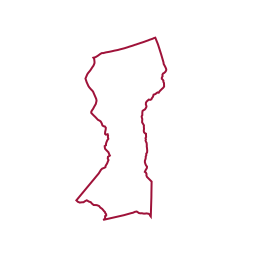 outline of Itaporanga d'Ajuda, Sergipe, Brazil, rotated 213°
{"feature_id": "56859067B93540245616109", "entity_name": "Itaporanga d'Ajuda", "entity_type": "district", "adm_level": 2, "iso_a3": "BRA", "parent_name": "Brazil", "parent_adm1": "Sergipe", "projection": "orthographic", "projection_center": [-37.32, -11.059], "detail": "fine", "context": "isolated", "style": "outline", "palette": "rose", "viewbox_px": 256, "rotation_deg": 213, "n_neighbors": 0, "source": "geoboundaries", "source_scale": "gbopen_adm2", "svg_char_len": 3084}
<svg xmlns="http://www.w3.org/2000/svg" viewBox="0 0 256 256"><g transform="rotate(213 128 128)"><path d="M190.6,146.3L187.6,143.9L184.0,141.6L182.6,141.0L180.2,140.3L178.0,139.8L176.8,139.3L175.8,138.6L170.5,135.1L169.2,133.7L168.1,130.6L167.9,126.9L167.7,125.1L167.8,123.4L167.7,121.8L167.1,120.7L166.1,120.4L163.4,119.8L161.3,119.4L157.7,118.5L155.7,118.7L154.4,118.6L152.4,117.5L150.8,116.2L149.4,116.2L148.3,116.7L146.7,116.1L145.8,114.4L145.1,112.4L144.1,110.6L142.8,110.4L141.7,111.7L140.6,110.8L140.0,109.5L138.6,108.2L138.7,106.6L138.3,104.2L137.8,102.6L137.1,101.6L137.7,100.1L136.8,99.0L135.9,98.1L134.0,97.6L131.2,97.0L129.4,95.7L128.2,95.0L129.1,92.9L128.3,91.3L126.9,90.5L126.7,89.1L126.4,87.9L126.2,86.7L126.2,85.3L126.1,83.9L125.6,82.8L126.4,81.4L127.5,79.9L127.9,78.2L127.8,74.0L131.9,39.2L129.9,38.8L127.8,39.2L126.8,40.1L125.9,40.8L124.9,41.5L124.1,43.4L123.2,44.9L120.6,45.0L118.9,45.5L117.3,45.0L114.9,44.7L112.2,46.3L110.9,46.6L109.7,46.8L108.0,46.2L105.6,46.1L103.9,45.6L102.8,45.2L101.6,45.0L100.6,44.2L99.4,43.8L98.6,42.7L99.2,41.6L98.5,40.5L97.8,39.3L98.8,37.4L84.0,52.6L78.8,58.5L77.7,59.6L76.5,61.5L75.2,62.7L73.8,62.7L72.6,62.6L71.3,63.1L69.9,64.1L68.5,64.6L67.3,65.3L65.9,66.5L64.0,67.3L62.8,67.3L61.8,66.6L60.7,66.2L69.5,80.7L70.4,82.2L71.6,84.1L73.0,86.3L79.0,95.9L85.4,97.3L86.7,98.2L87.4,99.5L88.6,100.3L90.0,100.4L90.3,102.5L90.3,103.6L90.4,104.8L91.1,106.0L92.4,106.4L93.5,107.1L94.4,107.8L95.3,108.6L96.1,110.0L96.3,111.1L96.8,112.5L97.6,113.7L97.8,115.1L98.7,116.3L98.7,117.9L99.5,119.4L100.5,120.7L101.4,121.8L102.2,122.7L102.8,123.7L103.6,124.8L104.4,125.7L105.5,126.3L106.5,127.1L106.8,128.3L107.8,129.0L107.9,130.3L108.8,131.5L109.8,133.0L111.0,132.8L112.4,133.3L113.3,134.3L114.1,136.0L115.3,137.5L116.1,138.9L117.9,139.8L119.2,140.4L119.9,141.5L120.9,143.3L122.1,144.3L122.9,145.2L123.0,146.6L124.0,148.1L124.7,149.3L125.1,150.4L124.5,151.7L123.9,152.9L123.9,154.3L124.1,155.9L124.8,156.7L125.8,157.4L126.7,158.9L126.8,160.4L126.4,161.8L126.1,163.1L124.7,163.7L124.0,164.8L124.2,165.9L124.1,167.8L124.7,169.9L123.5,171.4L123.1,172.8L122.6,173.9L121.5,174.3L121.5,175.9L121.2,177.5L120.8,179.3L120.4,180.8L120.3,182.4L121.4,184.0L122.3,185.3L123.5,186.0L124.1,187.0L125.4,187.5L126.5,187.7L127.1,188.8L127.2,190.3L128.1,191.3L128.3,192.7L127.7,193.8L127.3,195.2L127.3,196.9L127.9,198.1L129.3,199.1L131.0,200.1L132.9,201.1L134.0,202.4L140.4,207.9L143.8,210.7L145.0,211.7L145.9,212.4L147.1,213.4L148.6,214.6L154.3,218.6L155.3,217.4L156.0,216.2L157.2,214.7L158.0,213.7L158.8,212.5L159.5,211.6L160.2,210.7L161.0,209.6L162.4,207.8L163.9,206.0L164.9,204.7L165.8,203.6L166.7,202.4L167.6,201.4L168.4,200.3L169.6,198.8L170.3,198.0L171.3,196.8L172.3,195.5L173.4,194.2L174.2,193.2L175.2,192.1L176.4,190.8L177.6,189.5L179.0,187.9L181.6,185.4L183.2,183.7L185.1,181.8L186.6,180.4L187.6,179.5L189.6,177.3L190.7,176.6L191.4,175.4L192.1,173.6L192.8,171.8L193.9,169.6L195.3,168.1L193.9,167.4L192.4,165.6L191.5,164.3L191.1,162.7L190.9,161.1L191.0,159.9L191.0,155.7L191.4,152.3L191.4,150.8L190.6,146.3Z" fill="none" stroke="#9f1239" stroke-width="2"/></g></svg>